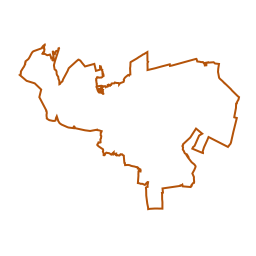 Izvoarele, Tulcea, Romania, rotated 272°
{"feature_id": "2599482B66243193885359", "entity_name": "Izvoarele", "entity_type": "district", "adm_level": 2, "iso_a3": "ROU", "parent_name": "Romania", "parent_adm1": "Tulcea", "projection": "natural_earth1", "projection_center": [28.529, 45.071], "detail": "fine", "context": "isolated", "style": "outline", "palette": "amber", "viewbox_px": 256, "rotation_deg": 272, "n_neighbors": 0, "source": "geoboundaries", "source_scale": "gbopen_adm2", "svg_char_len": 5835}
<svg xmlns="http://www.w3.org/2000/svg" viewBox="0 0 256 256"><g transform="rotate(272 128 128)"><path d="M73.3,139.8L73.1,141.5L72.7,142.3L72.7,144.5L71.7,146.8L74.3,149.0L74.7,149.6L74.6,150.0L71.4,149.5L69.9,149.7L69.5,148.6L69.1,148.0L68.7,148.0L66.7,148.3L61.1,148.6L53.1,149.9L49.5,150.8L47.6,151.0L48.0,152.8L48.5,158.1L48.6,165.2L55.1,165.0L58.1,164.6L63.0,164.4L64.3,164.2L64.4,165.1L64.6,165.2L68.8,164.6L72.0,182.4L72.5,182.4L73.0,184.1L73.2,184.3L71.6,184.7L71.2,192.7L72.1,193.0L72.2,193.5L73.0,193.8L73.4,193.6L75.8,195.5L75.7,195.9L76.5,196.0L79.8,195.6L81.3,195.6L84.8,193.9L88.6,195.8L91.0,196.7L92.0,196.9L92.3,196.8L93.9,195.6L96.0,192.8L100.7,188.9L101.9,188.1L101.8,189.0L103.7,187.8L104.2,186.5L104.8,185.6L107.3,184.4L108.4,183.5L110.7,183.7L111.0,183.6L111.3,183.2L111.8,183.0L112.5,183.2L112.8,183.6L113.7,183.6L120.7,190.6L129.8,196.0L124.9,202.4L123.2,199.7L122.8,199.3L112.5,195.2L111.2,193.7L109.6,193.0L105.7,203.3L105.6,203.8L106.2,203.8L106.9,203.4L111.3,204.6L118.8,207.7L121.8,208.8L112.6,228.5L113.1,228.7L113.5,229.3L114.5,229.9L115.7,230.9L117.0,231.4L128.1,233.5L141.8,236.4L142.4,233.8L142.6,233.8L151.8,235.2L156.1,235.2L156.1,235.7L156.3,235.9L158.1,236.2L160.2,237.4L162.7,237.9L163.8,236.4L169.4,230.3L170.0,229.9L172.2,227.5L176.3,222.9L176.2,222.8L178.2,220.8L180.5,218.0L181.4,217.3L187.2,216.0L190.3,216.1L195.2,216.7L195.5,212.7L196.7,211.3L196.1,205.6L196.4,205.6L196.0,203.9L194.8,204.1L193.4,204.1L193.2,202.6L195.6,202.2L195.4,201.4L196.3,200.9L196.5,200.5L196.4,198.7L196.7,197.5L196.9,194.9L199.3,194.1L199.5,193.8L192.0,169.9L191.5,167.8L193.1,167.5L190.3,158.2L188.7,153.2L186.6,145.5L188.3,145.5L193.7,145.2L194.9,145.8L195.4,145.2L195.8,145.1L204.6,144.7L202.3,141.2L201.9,140.2L201.2,139.4L199.8,137.3L199.6,136.9L197.7,134.3L194.0,128.4L193.7,128.2L189.8,128.2L187.8,128.0L181.6,128.5L181.4,127.6L181.3,127.4L180.5,127.2L180.9,126.2L179.2,124.2L178.1,123.1L176.3,122.1L175.4,122.4L174.8,122.1L174.1,122.1L173.8,121.7L172.5,118.5L171.2,117.6L172.4,117.5L172.6,117.0L172.6,115.1L173.0,113.3L172.2,112.9L171.9,110.1L170.6,109.7L170.7,109.2L170.5,108.8L169.5,108.5L169.5,108.4L170.7,107.2L170.3,106.3L168.9,106.5L168.6,106.2L168.6,105.0L168.0,104.4L169.0,103.7L168.9,102.4L168.5,102.2L168.8,101.5L168.3,101.0L166.7,100.7L166.4,100.0L166.0,99.9L165.6,100.2L165.3,101.7L163.7,101.3L163.5,101.6L162.5,101.3L162.0,102.0L161.4,102.2L161.2,101.9L161.3,101.7L162.2,100.8L162.2,100.1L163.0,99.7L163.5,99.8L164.0,99.4L164.1,99.1L163.0,98.6L162.5,98.8L162.4,98.1L162.7,97.9L162.7,97.6L162.8,97.5L163.1,97.7L163.6,96.9L164.1,96.6L164.3,97.1L165.3,96.9L165.7,96.3L166.1,97.1L166.1,97.5L165.8,98.2L165.9,98.5L166.7,99.2L166.5,99.3L166.6,99.6L168.2,100.0L168.5,100.6L169.2,100.4L169.3,99.8L169.1,98.8L168.8,97.0L168.6,96.5L168.2,96.2L168.0,95.7L167.5,95.3L168.0,95.0L168.9,95.4L169.8,95.4L170.0,95.2L170.7,95.2L171.4,95.3L172.0,94.9L172.7,94.9L174.5,94.5L174.8,94.7L175.8,94.4L176.1,94.5L176.9,95.2L177.5,95.2L177.7,95.4L177.3,95.9L177.6,96.5L177.3,97.2L177.5,99.2L177.5,99.7L178.2,100.7L178.7,101.0L180.1,100.8L179.7,101.2L179.1,101.6L179.2,101.8L180.9,101.5L182.4,100.7L183.0,100.8L184.3,100.1L185.2,100.3L185.8,99.4L187.1,99.0L187.7,99.0L188.3,98.6L188.6,98.6L188.8,97.9L187.2,97.9L186.2,98.2L185.9,98.5L185.5,98.4L184.0,94.0L190.9,92.1L188.0,82.9L191.5,79.8L193.6,78.1L193.8,77.9L194.2,76.8L194.6,76.4L194.6,76.0L192.9,74.1L185.7,66.7L182.6,65.5L174.3,61.4L172.5,60.9L171.1,59.5L170.5,58.7L169.8,58.6L169.4,58.1L169.3,57.9L172.7,57.7L174.9,56.7L176.7,56.5L178.5,55.2L179.6,54.8L181.9,54.6L183.1,54.1L183.1,53.8L184.1,52.6L187.9,51.8L188.8,51.9L192.4,52.7L203.6,55.9L204.9,56.1L205.2,56.3L205.4,56.2L205.1,55.7L204.3,55.8L203.6,55.6L202.8,55.0L202.5,53.6L201.8,53.1L200.9,52.6L199.2,52.3L199.3,51.0L201.6,50.7L201.8,50.4L201.7,50.2L199.9,50.4L197.0,51.1L193.0,51.5L192.9,50.5L193.2,50.1L195.1,50.0L195.6,49.7L195.1,48.8L196.8,48.3L198.7,47.4L198.2,46.0L197.9,44.7L199.1,42.4L199.1,40.1L199.2,39.9L199.7,40.3L200.5,40.4L200.9,41.3L201.9,41.6L202.7,41.6L203.3,41.8L204.6,41.5L204.4,41.1L204.5,40.9L205.0,40.9L207.2,41.5L208.1,42.0L208.4,41.9L206.9,40.2L204.8,38.8L204.4,38.3L201.6,31.3L201.1,30.4L200.2,29.6L199.2,29.0L195.2,27.1L194.0,26.4L193.3,25.9L191.0,23.2L189.8,23.3L189.2,22.8L188.5,23.0L187.9,23.0L187.3,22.5L185.8,22.0L184.5,21.1L180.8,19.0L178.9,19.0L177.9,18.6L177.4,18.9L177.1,18.8L177.2,18.3L177.1,18.1L171.6,25.0L169.4,33.2L163.4,39.9L155.7,38.3L142.6,45.8L142.2,45.6L141.3,46.2L139.6,46.3L138.4,46.1L136.2,46.3L135.3,46.6L134.7,46.5L134.2,47.1L133.1,49.1L132.5,52.5L132.5,54.1L132.7,54.8L133.0,55.3L135.5,55.7L137.2,56.4L132.5,58.1L130.4,59.5L129.1,61.5L126.7,67.5L126.4,68.6L125.9,74.2L126.5,74.4L127.5,73.8L127.7,74.0L127.5,74.4L126.2,75.1L125.9,75.6L124.2,85.1L123.7,90.3L125.2,97.0L124.9,97.0L124.7,98.9L123.9,101.8L122.5,101.3L122.2,100.9L119.6,101.0L119.2,101.5L118.9,101.6L116.5,101.3L115.8,100.8L112.8,101.1L112.7,101.1L112.4,100.4L112.6,99.0L111.4,98.6L110.5,97.9L109.7,98.0L108.5,99.5L105.8,103.8L104.4,104.0L103.6,103.7L101.9,104.5L100.0,104.6L99.9,105.1L100.0,105.5L100.7,105.9L101.7,106.3L102.6,107.2L102.3,108.6L102.2,109.9L101.6,111.1L100.8,112.2L100.9,113.1L101.3,113.6L101.8,113.6L101.9,113.2L103.2,114.5L102.3,114.5L102.1,115.0L101.7,114.8L101.3,114.9L101.6,115.3L101.6,116.2L101.9,116.6L102.0,117.0L100.5,116.9L100.2,117.5L100.7,118.1L100.3,118.7L100.2,119.3L100.5,120.3L100.3,120.5L100.5,120.8L101.5,121.4L101.6,121.8L101.5,122.2L101.3,122.5L101.4,123.2L100.8,123.6L100.4,124.6L99.9,124.9L99.5,124.8L93.0,125.6L92.9,126.1L90.8,126.4L91.1,129.3L90.9,130.9L90.3,132.4L90.0,133.9L89.7,136.0L89.4,136.9L89.2,138.6L88.8,138.8L88.7,139.3L87.8,139.2L87.6,139.8L88.0,139.9L87.8,140.4L87.2,141.5L86.8,141.0L86.6,141.2L86.3,141.2L85.8,142.1L85.0,142.0L85.3,140.1L85.1,140.0L81.6,140.0L80.9,140.1L73.3,139.8Z" fill="none" stroke="#b45309" stroke-width="2"/></g></svg>